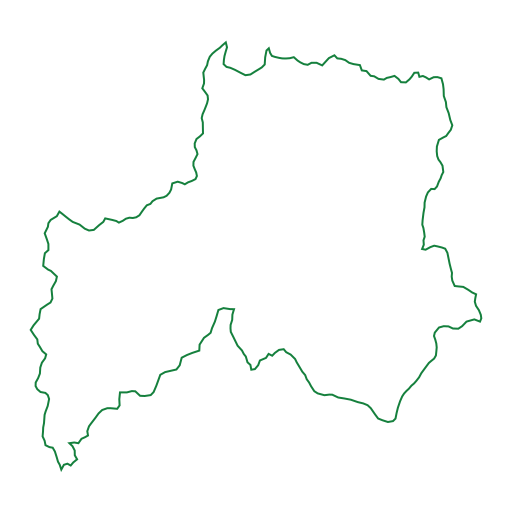 outline of Paraguaçu Paulista, São Paulo, Brazil
{"feature_id": "56859067B14677610330321", "entity_name": "Paraguaçu Paulista", "entity_type": "district", "adm_level": 2, "iso_a3": "BRA", "parent_name": "Brazil", "parent_adm1": "São Paulo", "projection": "robinson", "projection_center": [-50.638, -22.465], "detail": "fine", "context": "isolated", "style": "outline", "palette": "green", "viewbox_px": 512, "rotation_deg": 0, "n_neighbors": 0, "source": "geoboundaries", "source_scale": "gbopen_adm2", "svg_char_len": 4765}
<svg xmlns="http://www.w3.org/2000/svg" viewBox="0 0 512 512"><path d="M445.2,248.7L441.9,247.5L437.5,246.4L434.2,245.7L430.4,247.1L425.6,249.7L422.1,249.0L423.8,244.7L423.5,240.3L424.7,236.7L424.2,232.7L423.4,228.0L422.3,224.7L422.6,220.2L423.5,212.8L424.5,207.3L424.6,202.6L426.1,196.5L427.9,192.4L431.2,188.9L434.6,189.1L437.0,186.5L438.8,181.7L440.6,178.4L441.7,175.1L443.3,172.0L442.5,165.7L440.4,162.1L438.5,159.6L437.2,156.1L436.7,151.3L436.9,146.5L438.9,139.9L443.4,137.4L446.2,136.0L448.4,132.9L450.8,129.8L452.3,125.3L450.3,120.0L448.7,113.2L446.4,107.2L445.9,102.1L443.8,96.0L443.6,89.2L443.0,84.2L441.4,78.3L437.4,77.1L433.7,77.2L429.1,79.4L425.8,77.3L422.9,76.0L419.4,76.8L418.2,72.6L414.3,72.8L411.8,76.6L409.5,79.3L405.9,82.4L401.0,82.2L398.4,78.9L394.5,75.9L390.4,77.1L386.8,77.9L383.9,79.6L378.5,78.9L374.2,76.3L370.6,75.8L366.5,71.1L361.8,70.4L359.9,65.1L353.5,64.1L349.1,62.8L345.3,60.1L341.2,58.8L337.3,58.4L334.4,55.3L328.9,58.1L325.4,61.9L322.2,65.4L316.6,62.8L311.5,62.8L307.7,64.8L303.8,64.1L300.2,62.3L297.5,60.5L293.8,57.2L289.8,58.2L285.6,58.5L282.2,58.4L279.2,57.9L274.9,56.9L271.9,55.9L270.1,52.9L268.8,48.3L266.5,50.5L265.2,57.2L264.7,64.5L261.8,67.4L259.1,69.1L255.1,71.5L250.4,74.5L245.4,75.2L240.6,72.8L234.9,69.8L230.3,67.8L226.5,66.9L223.6,64.1L223.9,59.9L224.5,56.0L225.7,51.6L227.0,47.3L225.8,42.4L222.3,45.4L219.8,47.8L215.8,50.7L212.4,53.6L209.8,56.7L207.9,61.3L207.1,65.2L205.2,68.7L203.3,72.6L203.7,76.5L204.1,80.0L204.0,83.5L202.3,88.3L204.8,91.6L207.6,95.5L208.0,99.3L207.1,103.2L205.8,106.6L204.2,110.6L202.6,114.2L201.7,118.1L202.8,122.4L202.9,128.6L203.0,133.4L199.9,136.4L196.5,139.0L194.7,143.4L194.8,147.1L196.5,150.4L197.5,154.1L195.5,158.1L193.5,161.9L193.4,165.7L194.8,169.3L196.2,172.5L196.9,176.0L195.5,179.1L191.7,181.0L188.1,182.3L184.8,184.3L182.1,183.0L177.7,181.7L172.3,183.4L171.1,189.5L169.4,192.8L166.6,195.8L163.6,197.3L156.6,198.6L152.5,201.2L150.4,203.9L146.8,205.3L144.1,208.6L141.8,211.8L139.4,215.3L136.2,217.3L132.8,218.0L129.4,217.7L125.9,218.7L122.8,220.8L118.9,222.6L116.3,221.0L112.1,219.9L105.2,218.4L103.3,221.9L99.3,225.0L93.8,229.9L89.0,230.5L84.8,228.7L79.6,224.6L72.7,221.9L69.1,219.3L65.8,216.7L62.6,214.1L59.4,211.6L56.8,216.2L50.7,219.9L48.4,223.2L47.9,226.8L44.7,233.3L46.9,239.4L48.4,244.0L48.4,250.1L44.9,253.2L43.9,258.9L43.2,265.9L48.1,269.6L50.9,270.9L56.9,276.6L55.9,281.1L53.3,285.7L51.5,289.2L51.9,293.2L52.4,298.6L50.5,302.5L47.3,304.5L40.6,309.1L39.6,314.2L39.1,318.7L33.6,325.3L30.7,329.9L33.9,334.8L37.3,339.4L37.8,343.7L39.8,346.8L42.4,351.2L46.2,354.4L45.1,358.3L41.9,362.7L40.3,367.5L39.9,373.6L38.1,378.2L35.7,382.5L35.6,386.1L37.3,389.2L40.5,392.0L45.4,392.9L47.8,395.1L49.1,399.0L47.7,406.0L45.6,411.5L44.6,414.8L44.0,423.2L43.2,427.4L43.0,431.8L42.6,436.4L44.6,440.7L45.5,445.2L49.4,447.1L52.7,447.7L54.9,451.5L56.7,457.2L58.0,461.7L59.7,464.7L61.3,469.6L63.9,464.8L67.4,463.7L70.7,465.5L73.3,462.4L77.1,459.3L74.8,455.3L74.7,450.5L72.5,446.2L69.4,443.2L74.2,442.5L78.4,443.2L81.5,438.8L85.0,437.2L88.0,435.5L87.3,431.2L89.0,426.3L90.9,423.7L95.2,418.1L98.6,413.4L102.2,410.0L107.3,408.2L110.5,408.2L117.2,408.8L119.6,405.4L119.3,399.2L120.0,392.4L126.9,392.4L131.8,391.1L135.3,391.3L140.1,395.8L144.7,396.0L150.7,395.1L153.6,392.1L156.3,385.8L160.3,374.8L165.1,372.1L176.4,369.5L179.7,365.3L181.7,357.7L187.0,355.0L192.3,352.9L199.3,350.6L199.6,344.6L204.0,337.8L208.2,334.8L210.6,332.8L212.0,328.2L214.9,321.6L216.5,316.5L218.4,310.0L223.5,308.1L230.0,309.1L234.0,309.2L232.4,314.6L232.2,319.9L230.6,324.9L230.5,328.4L230.8,331.9L233.3,336.9L237.6,345.7L242.0,350.5L243.8,354.0L245.8,356.5L247.5,362.3L250.4,364.9L251.3,369.7L254.9,369.1L258.2,365.2L259.9,360.5L266.0,357.9L268.6,353.9L272.2,355.7L274.9,352.9L279.0,349.9L283.7,349.2L286.2,352.2L290.7,354.6L295.1,359.0L296.7,362.3L298.8,365.8L302.3,371.7L305.2,375.1L306.7,379.2L309.1,382.5L311.1,386.3L314.3,391.2L317.7,393.4L324.4,395.2L329.3,394.6L332.3,394.7L338.2,397.5L344.5,398.5L350.8,399.7L357.8,402.1L363.2,403.4L367.6,405.2L370.8,408.2L375.0,414.3L378.1,418.5L382.3,420.2L387.9,422.0L393.0,421.1L395.5,418.6L396.6,413.0L397.9,407.7L400.1,401.2L402.2,396.4L404.1,393.5L406.5,390.9L408.8,388.8L411.4,385.7L414.0,383.5L416.3,380.9L419.1,377.3L421.3,373.2L424.3,369.1L428.9,362.9L431.5,360.7L434.1,358.6L435.9,355.5L436.3,351.8L436.7,347.4L436.3,343.5L435.3,339.7L434.0,336.0L434.8,332.6L439.0,327.5L443.7,326.2L448.5,326.4L452.9,328.5L458.3,328.7L462.1,326.2L466.5,321.6L471.1,320.3L474.3,319.4L480.0,321.6L481.3,318.3L480.8,314.8L478.9,310.2L476.0,305.8L474.8,301.7L475.3,298.2L476.1,294.3L472.2,292.5L468.4,289.9L463.3,286.9L458.2,286.4L454.7,286.0L452.3,280.6L451.7,276.6L452.0,272.9L450.9,268.9L449.6,263.7L448.8,259.7L447.4,252.8L445.2,248.7Z" fill="none" stroke="#15803d" stroke-width="2"/></svg>